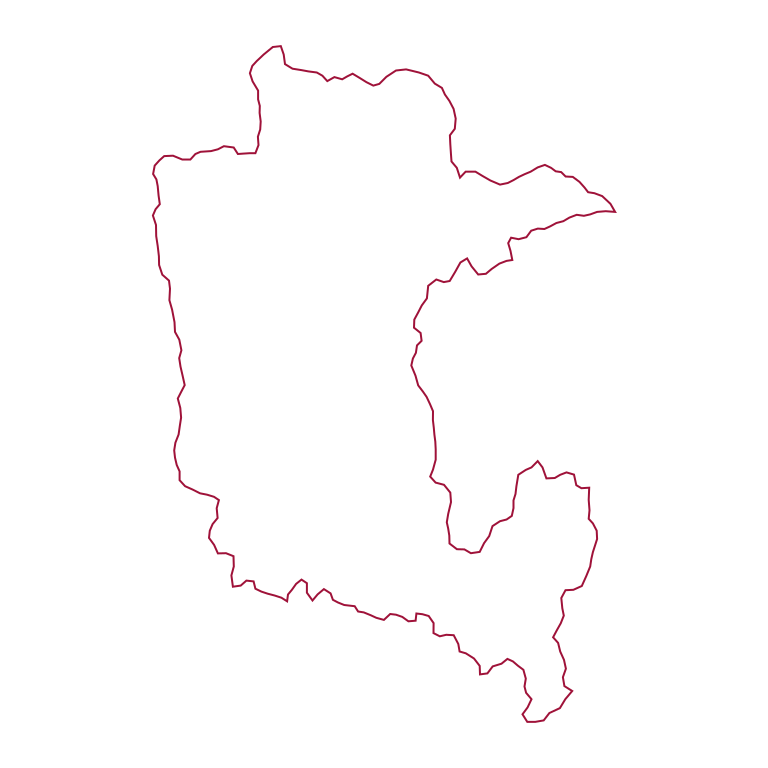 Virginópolis, Minas Gerais, Brazil (Natural Earth projection)
{"feature_id": "56859067B47884480134437", "entity_name": "Virginópolis", "entity_type": "district", "adm_level": 2, "iso_a3": "BRA", "parent_name": "Brazil", "parent_adm1": "Minas Gerais", "projection": "natural_earth1", "projection_center": [-42.648, -18.801], "detail": "fine", "context": "isolated", "style": "outline", "palette": "rose", "viewbox_px": 768, "rotation_deg": 0, "n_neighbors": 0, "source": "geoboundaries", "source_scale": "gbopen_adm2", "svg_char_len": 4065}
<svg xmlns="http://www.w3.org/2000/svg" viewBox="0 0 768 768"><path d="M615.1,211.9L610.5,203.9L602.2,196.1L594.4,193.2L588.1,192.2L584.5,187.5L579.5,181.9L572.8,176.9L565.6,176.5L561.2,172.1L555.7,171.3L551.0,167.8L544.9,164.9L537.7,167.4L530.6,171.7L524.6,174.2L518.9,176.9L513.5,180.1L507.8,183.0L500.0,184.6L490.4,180.5L482.4,175.9L475.5,171.7L465.6,171.7L460.0,177.6L456.8,167.8L451.5,161.5L450.9,153.2L450.3,144.1L449.9,135.3L454.8,128.8L455.7,118.6L453.6,108.9L449.4,100.9L444.9,94.5L441.9,87.9L434.8,83.6L428.2,75.7L418.9,72.5L412.0,70.8L406.1,69.4L396.0,70.5L386.4,76.8L379.3,83.9L373.3,85.6L366.5,82.2L359.6,77.9L352.6,73.7L347.2,76.4L342.2,79.3L334.4,77.1L327.3,81.1L322.4,75.7L316.8,72.5L308.4,71.4L301.4,70.1L292.5,68.7L285.0,64.1L283.7,54.5L280.8,46.1L272.8,47.0L263.7,54.5L256.8,61.0L252.3,65.9L249.9,73.2L252.6,81.4L258.1,90.6L258.1,99.4L259.8,105.9L259.6,112.9L260.7,121.5L260.2,129.5L257.9,136.7L258.5,145.1L255.4,153.2L249.7,153.2L243.4,153.6L237.9,154.0L233.7,147.5L223.9,146.2L217.9,149.3L211.0,151.1L200.5,151.8L195.4,154.0L190.4,159.5L182.2,159.5L173.0,155.7L164.2,156.1L159.4,160.4L154.7,165.6L153.1,174.0L156.4,179.4L157.7,186.1L158.6,195.7L159.8,204.2L155.6,209.2L152.9,215.5L156.0,225.0L156.2,236.1L157.7,246.0L158.9,256.2L159.1,265.0L162.3,274.7L169.0,280.6L170.0,288.7L169.4,300.2L172.1,309.7L174.5,322.1L175.0,331.9L179.3,339.7L181.4,350.3L179.2,358.1L180.5,366.6L182.6,375.7L184.7,385.1L180.7,392.8L177.8,398.5L180.3,408.0L181.1,417.6L179.9,425.4L178.6,434.5L175.4,442.7L174.2,450.4L175.0,457.6L176.7,464.9L179.6,471.4L179.6,480.2L185.1,486.2L192.5,489.5L200.0,493.3L207.1,494.7L214.0,496.8L218.9,500.1L216.7,508.2L217.6,518.0L212.6,524.1L209.8,530.7L209.0,537.9L214.1,544.9L217.9,553.4L226.0,553.2L233.5,556.2L233.8,566.5L231.4,575.4L232.9,586.7L240.7,585.6L246.4,580.6L253.6,581.4L255.4,588.7L261.4,591.6L267.7,593.7L274.6,595.5L281.4,597.7L287.1,601.3L288.0,594.5L291.9,589.8L296.1,583.9L301.5,579.6L306.9,583.2L306.9,592.7L312.5,600.5L317.6,594.4L323.9,589.1L330.6,593.4L332.9,599.8L338.0,602.5L344.2,605.0L354.7,606.2L358.1,611.5L363.8,612.4L370.9,615.3L376.3,617.8L383.9,619.9L390.2,614.0L396.0,614.7L402.3,616.9L408.4,621.3L415.6,620.7L416.4,613.5L422.4,614.2L428.7,616.0L433.6,623.1L433.5,633.1L439.8,636.3L446.2,634.8L453.7,635.2L458.3,644.0L459.6,651.5L465.8,653.3L474.0,658.5L479.7,665.9L480.0,674.4L487.4,673.4L492.7,666.4L501.5,663.7L507.4,658.9L512.9,661.4L517.9,665.7L523.4,669.8L525.8,678.6L524.5,686.5L526.1,692.8L531.5,699.2L527.6,707.4L522.5,714.3L527.3,721.9L535.1,721.9L543.7,720.4L549.4,713.0L559.9,708.1L565.3,699.2L572.2,691.0L564.4,686.1L562.9,677.2L565.9,668.7L564.0,659.9L560.2,651.5L558.1,642.9L553.1,637.3L556.7,630.5L560.8,623.2L563.8,615.6L562.3,608.2L561.3,598.0L565.5,590.2L573.4,589.8L581.8,586.0L586.3,576.0L590.2,566.5L591.3,559.1L592.9,552.1L595.0,545.6L597.1,539.0L596.7,530.7L592.9,523.4L588.7,518.8L589.5,510.3L588.7,499.9L589.2,487.7L581.4,488.2L576.3,485.2L574.0,474.6L566.5,472.4L560.2,474.8L554.8,478.0L546.4,478.4L542.5,467.4L537.7,461.1L531.5,467.4L525.8,469.9L518.3,474.8L516.4,486.3L515.5,494.0L513.5,500.4L513.5,508.1L511.8,515.9L506.6,519.5L500.0,521.2L492.5,526.1L489.2,536.1L484.1,543.1L479.7,551.9L470.9,553.2L464.4,549.4L456.9,549.2L449.5,543.5L449.3,535.6L448.2,528.6L446.8,522.3L448.2,513.9L451.0,502.1L450.3,492.6L444.0,484.8L435.6,482.6L430.2,476.6L433.0,469.6L435.7,459.7L435.7,449.3L435.3,441.6L434.4,434.6L433.8,427.8L432.9,420.0L433.0,411.2L430.0,404.1L426.6,396.9L423.0,391.7L418.2,385.4L415.5,375.7L411.3,365.5L412.9,358.5L415.9,352.8L417.0,345.4L421.6,340.8L420.6,333.0L414.0,327.7L414.3,319.6L418.3,312.2L421.8,305.4L426.9,298.4L428.2,285.8L436.3,279.5L443.8,282.1L449.7,281.0L455.1,272.0L460.4,262.5L467.1,258.4L471.6,266.4L478.2,274.5L485.9,273.8L491.6,269.0L499.4,263.6L506.5,260.9L512.3,260.0L510.5,250.9L508.2,243.1L511.1,237.7L518.6,239.2L526.4,237.2L531.2,230.7L537.8,228.6L544.4,229.0L550.1,226.4L556.4,223.0L563.3,221.2L569.4,217.6L576.7,214.8L583.9,215.8L590.2,214.4L597.1,211.9L605.7,211.2L615.1,211.9Z" fill="none" stroke="#9f1239" stroke-width="2"/></svg>